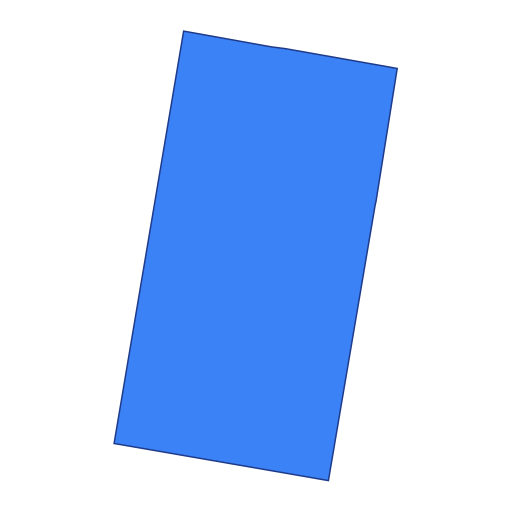 Schleicher, Texas, United States of America (Albers equal-area conic projection), rotated 100°
{"feature_id": "52423323B17811041209466", "entity_name": "Schleicher", "entity_type": "district", "adm_level": 2, "iso_a3": "USA", "parent_name": "United States of America", "parent_adm1": "Texas", "projection": "albers", "projection_center": [-100.712, 30.897], "detail": "fine", "context": "isolated", "style": "filled", "palette": "blue", "viewbox_px": 512, "rotation_deg": 100, "n_neighbors": 0, "source": "geoboundaries", "source_scale": "gbopen_adm2", "svg_char_len": 274}
<svg xmlns="http://www.w3.org/2000/svg" viewBox="0 0 512 512"><g transform="rotate(100 256 256)"><path d="M46.8,149.5L46.7,263.2L47.4,277.8L47.1,366.3L465.3,363.2L464.6,145.7L185.0,147.5L181.7,147.3L46.8,149.5Z" fill="#3b82f6" stroke="#1e3a8a" stroke-width="1.5"/></g></svg>